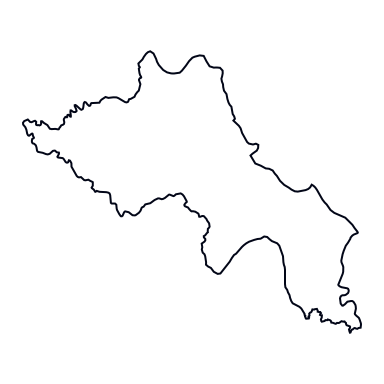 outline of Serejeka, Maekel, Eritrea
{"feature_id": "51966322B5616132358630", "entity_name": "Serejeka", "entity_type": "district", "adm_level": 2, "iso_a3": "ERI", "parent_name": "Eritrea", "parent_adm1": "Maekel", "projection": "mercator", "projection_center": [38.887, 15.455], "detail": "fine", "context": "isolated", "style": "outline", "palette": "ink", "viewbox_px": 384, "rotation_deg": 0, "n_neighbors": 0, "source": "geoboundaries", "source_scale": "gbopen_adm2", "svg_char_len": 5925}
<svg xmlns="http://www.w3.org/2000/svg" viewBox="0 0 384 384"><path d="M27.8,119.5L24.2,121.1L23.0,122.8L23.2,124.6L25.4,127.3L26.4,129.8L27.2,133.7L28.0,135.2L28.5,135.6L29.2,135.7L31.7,133.7L32.3,133.6L32.6,133.9L33.0,135.9L33.9,137.6L33.7,138.2L32.2,139.0L31.9,140.4L31.9,142.0L32.6,143.3L34.2,143.8L35.8,145.3L36.5,147.4L37.0,150.4L37.4,151.3L38.1,151.9L42.7,152.8L46.0,154.1L47.8,154.4L49.7,153.8L52.9,150.9L54.3,150.6L55.1,150.7L56.8,152.3L58.9,152.6L59.0,153.8L57.4,156.8L57.7,157.3L58.6,157.6L62.7,158.1L63.7,159.0L65.6,162.0L66.5,162.6L67.6,162.6L68.1,162.3L68.9,160.3L69.9,160.6L70.4,161.3L71.4,163.2L71.5,166.7L76.7,175.9L77.7,176.9L79.0,177.4L81.0,177.1L84.2,180.1L85.5,180.3L88.4,179.7L90.1,180.8L92.4,181.9L92.8,182.2L92.8,185.7L91.6,187.7L91.9,188.2L93.8,189.6L95.2,191.8L95.6,191.8L96.7,190.9L99.5,191.8L106.5,192.2L108.5,192.7L109.6,193.5L110.2,195.2L110.9,202.8L111.3,203.3L111.7,203.5L115.0,203.5L116.3,204.7L116.7,208.8L117.1,210.1L119.4,214.3L120.8,216.2L121.8,216.3L122.6,215.7L124.0,212.5L124.7,211.6L125.2,211.4L128.7,212.2L132.5,215.2L134.7,215.4L135.6,215.2L139.0,212.7L140.6,210.6L141.6,207.9L142.3,207.2L143.6,206.7L145.3,204.4L150.3,203.2L154.6,200.0L158.0,198.4L159.2,198.4L161.7,199.2L163.1,198.9L165.0,197.9L168.9,194.7L169.7,194.6L173.4,196.1L174.3,195.8L175.9,194.3L180.7,193.4L182.5,194.5L184.0,196.3L186.7,201.3L186.8,201.9L185.6,203.0L184.4,204.6L184.4,205.4L184.6,205.8L185.1,206.3L188.0,207.5L189.2,209.1L191.0,211.0L191.8,211.4L192.8,211.2L195.3,211.7L198.2,213.5L198.6,214.1L199.2,216.7L200.1,216.8L202.2,216.0L203.7,216.1L204.1,216.4L206.5,219.1L207.1,220.5L209.1,223.3L209.6,226.6L209.2,227.5L207.9,228.8L207.7,231.6L207.9,232.2L206.7,233.3L205.2,235.3L203.8,236.1L203.9,237.4L205.3,239.0L205.3,240.4L204.5,241.6L201.7,243.6L202.3,247.2L201.8,249.5L202.7,252.6L204.5,254.3L205.2,256.3L206.1,262.2L206.0,264.7L208.2,266.6L210.9,267.9L213.8,271.8L217.7,273.9L220.4,273.5L229.7,261.7L231.8,258.1L234.0,255.0L236.1,253.7L241.8,247.1L243.7,245.3L246.3,243.3L249.1,241.7L254.2,239.9L257.5,239.0L260.6,238.7L264.2,236.5L267.2,237.0L269.5,239.2L271.9,241.1L277.2,243.3L279.3,245.7L283.0,256.2L283.4,262.1L283.9,264.8L284.7,267.0L285.0,269.8L285.0,284.1L285.4,287.3L287.2,289.9L288.0,292.4L289.5,295.1L290.1,297.9L291.3,301.1L292.7,303.3L299.4,306.8L301.3,308.5L304.6,313.9L304.5,314.8L305.2,315.6L305.0,315.8L305.0,316.6L305.4,316.9L305.7,318.2L306.1,318.7L308.8,318.5L309.1,317.8L309.1,317.2L308.5,316.8L308.6,316.3L309.3,315.9L309.5,315.5L309.2,313.7L310.0,312.7L311.0,312.3L311.6,311.6L312.4,309.4L314.1,309.6L314.8,309.2L316.9,308.9L317.8,310.9L317.7,311.7L319.2,312.1L320.2,312.0L321.0,313.1L320.3,314.0L320.0,314.9L321.0,315.4L321.9,315.4L321.7,317.7L320.9,319.3L321.3,321.1L321.8,321.7L324.6,321.0L325.4,320.1L327.5,320.1L327.8,319.5L330.0,320.2L330.8,320.8L331.3,322.6L332.6,322.7L335.5,323.8L336.0,323.7L337.0,322.9L338.4,323.0L339.3,322.8L341.5,321.2L343.3,321.7L344.2,321.4L344.7,321.6L344.8,322.0L346.0,323.0L346.0,323.9L346.6,325.2L349.9,326.4L350.1,326.9L349.9,328.1L349.0,329.4L349.5,331.6L350.0,332.7L350.5,332.5L351.3,330.3L351.8,329.7L352.6,329.5L353.8,328.4L354.8,328.0L356.1,328.6L357.4,328.8L358.6,328.0L360.6,327.7L361.0,324.7L360.9,323.4L359.6,319.5L358.8,317.8L356.3,315.7L355.0,314.3L354.8,313.7L355.9,308.7L355.7,306.2L355.4,304.9L353.7,302.1L352.5,301.1L351.1,301.0L347.4,301.7L344.9,304.3L342.9,305.7L342.2,305.6L340.7,303.6L340.0,298.3L340.6,296.6L341.5,295.7L342.5,295.3L344.7,295.2L345.8,294.8L348.0,293.1L348.6,291.7L348.7,290.2L348.1,288.8L347.2,288.3L341.5,287.2L339.6,286.3L338.5,285.3L338.3,284.7L342.7,273.8L343.2,271.7L343.3,267.1L342.9,265.7L341.5,262.3L341.3,260.7L342.6,254.3L343.7,250.9L345.8,245.7L348.0,242.7L350.3,238.8L350.6,237.6L352.2,235.7L353.7,234.6L357.5,233.1L357.8,232.6L357.5,231.8L354.6,228.1L352.4,224.8L345.3,217.7L334.3,212.9L330.5,210.0L326.7,204.5L324.6,202.4L322.4,199.5L316.9,189.8L315.2,187.4L313.5,185.8L311.7,184.7L310.1,187.4L308.2,189.0L305.6,190.1L297.8,191.6L294.8,191.3L291.5,189.6L288.9,187.7L284.2,184.9L280.0,180.8L276.9,175.9L274.8,173.6L272.7,170.5L269.2,168.8L265.7,168.4L260.8,165.7L255.3,163.5L250.5,155.5L252.6,153.6L256.8,150.6L258.1,148.1L258.3,144.9L255.9,143.7L253.0,144.5L248.9,143.6L247.1,142.0L242.1,133.0L240.6,128.3L238.9,125.8L233.4,120.6L234.9,118.8L234.2,116.4L232.7,114.0L231.4,106.7L229.7,104.8L228.5,102.5L227.4,99.0L226.5,94.1L224.0,90.7L223.2,87.1L223.0,84.3L221.9,81.5L221.4,78.7L222.1,76.4L222.7,73.3L222.6,70.6L220.0,67.8L216.8,67.5L213.7,67.6L209.6,66.3L206.5,61.4L203.7,55.9L199.7,55.4L194.7,56.7L192.4,57.7L189.1,61.1L185.9,65.7L181.9,70.7L179.7,72.7L173.9,73.5L171.2,73.4L167.1,72.4L163.2,70.0L158.8,65.0L157.0,61.7L156.1,58.9L153.5,53.5L150.2,51.3L147.9,52.2L146.0,53.9L143.9,56.8L142.4,59.5L138.4,63.5L138.9,66.0L139.6,66.7L139.8,67.3L138.8,68.6L139.5,73.2L140.1,75.1L141.1,76.8L141.2,77.5L140.7,78.0L139.8,78.2L139.0,79.5L139.0,80.2L140.4,84.1L139.1,89.4L138.8,90.6L137.2,92.2L135.5,94.5L134.5,96.8L130.7,98.9L129.1,99.2L128.1,101.7L127.7,102.0L126.6,102.4L125.1,102.1L118.5,98.2L116.6,97.4L113.4,97.3L108.4,97.9L105.5,97.0L101.6,99.6L100.5,100.7L99.4,102.7L91.4,103.1L90.9,103.6L90.3,105.4L89.8,105.8L89.1,105.9L87.5,104.5L86.0,102.5L84.8,102.0L84.3,102.4L83.8,103.3L83.3,107.3L82.9,108.8L82.6,109.2L81.3,109.8L80.5,109.3L76.4,105.6L75.4,105.0L74.7,105.2L74.7,106.1L76.2,109.3L76.2,109.9L76.6,110.7L76.5,111.2L75.5,112.0L74.1,112.1L72.9,111.7L71.2,110.4L70.6,110.4L70.4,112.0L70.9,116.1L70.7,116.7L70.1,116.5L68.8,114.8L67.7,114.9L67.3,115.3L67.2,117.0L66.9,117.3L65.6,116.9L65.2,117.1L63.9,119.0L63.8,120.0L64.3,122.2L64.0,123.9L63.2,124.6L61.2,125.4L60.1,127.2L59.7,127.4L58.8,129.2L58.2,129.4L55.4,128.9L51.4,129.1L49.8,128.7L47.4,125.1L44.0,123.0L42.1,121.3L41.2,121.2L41.0,121.8L41.2,123.6L40.5,125.0L39.5,125.4L38.4,125.1L37.3,125.2L36.4,125.0L36.0,124.2L36.2,121.8L35.1,120.8L34.4,120.9L31.6,122.2L30.2,122.0L27.8,119.5Z" fill="none" stroke="#020617" stroke-width="2"/></svg>